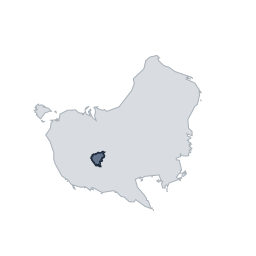 Quilpie, Queensland, Australia shown in context, rotated 138°
{"feature_id": "25037944B55337411871300", "entity_name": "Quilpie", "entity_type": "district", "adm_level": 2, "iso_a3": "AUS", "parent_name": "Australia", "parent_adm1": "Queensland", "projection": "robinson", "projection_center": [143.431, -26.15], "detail": "fine", "context": "in_parent", "style": "filled", "palette": "slate", "viewbox_px": 256, "rotation_deg": 138, "n_neighbors": 0, "source": "geoboundaries", "source_scale": "gbopen_adm2", "svg_char_len": 5708}
<svg xmlns="http://www.w3.org/2000/svg" viewBox="0 0 256 256"><g transform="rotate(138 128 128)"><path d="M167.8,58.5L170.2,69.6L173.1,69.1L176.4,72.4L177.0,79.2L178.9,81.6L179.4,88.0L180.8,91.2L190.4,97.4L194.1,107.4L195.2,107.9L195.4,106.1L197.5,108.0L197.9,107.1L198.7,112.2L199.9,113.7L202.6,115.3L207.8,123.9L207.5,129.6L209.3,136.5L206.3,149.4L204.3,154.1L199.6,159.4L195.1,169.9L193.8,177.8L185.9,179.7L181.9,183.1L179.5,183.4L180.2,185.4L176.4,182.5L176.9,181.9L176.7,181.2L176.0,181.1L174.7,182.4L173.8,181.6L175.3,180.5L174.5,179.6L169.3,183.8L161.2,181.7L154.8,176.5L154.5,172.4L151.5,168.8L152.8,168.9L152.7,167.8L148.5,168.9L149.7,166.2L148.0,162.2L146.5,166.7L143.4,167.2L143.9,165.7L145.4,165.7L147.4,159.4L146.7,154.8L144.6,159.7L141.5,161.5L139.5,164.5L139.8,166.0L138.6,165.8L136.5,164.1L137.8,164.1L136.8,161.2L134.8,157.9L133.1,157.5L132.8,154.6L120.5,149.7L100.1,153.4L93.7,156.8L91.1,161.0L76.8,161.3L69.5,166.3L64.2,166.0L58.0,162.6L57.7,159.1L59.1,159.7L60.2,157.6L59.7,150.6L56.8,145.3L55.4,138.7L47.8,124.9L50.5,126.4L48.7,122.2L50.0,124.6L52.0,125.4L48.3,116.7L50.1,104.8L50.7,107.6L52.9,104.5L60.7,99.1L63.6,99.4L77.9,94.2L83.2,87.2L82.7,82.6L85.5,79.4L88.0,84.4L89.2,81.6L87.6,79.6L88.0,78.4L92.8,79.2L91.3,78.7L92.3,76.7L91.4,75.0L93.9,74.7L92.9,73.4L95.0,73.2L94.3,71.3L96.1,69.2L96.2,70.5L97.7,70.3L97.8,67.9L99.9,68.8L101.3,66.8L103.5,68.2L106.6,71.5L106.1,74.2L108.2,71.6L112.5,73.3L113.4,71.9L111.4,69.8L116.4,60.7L117.4,61.3L119.1,59.0L119.7,60.0L124.9,59.2L124.8,57.0L121.3,55.4L121.8,54.8L134.4,59.6L138.1,57.9L137.2,59.6L138.8,60.6L140.6,58.5L142.3,60.3L140.3,64.4L138.1,64.8L138.3,67.7L136.3,72.3L147.7,80.7L150.8,81.5L151.8,83.5L157.0,84.9L160.6,77.7L160.8,67.1L161.4,63.1L162.7,62.1L161.7,60.3L164.8,52.6L167.8,58.5ZM173.7,192.4L179.7,194.7L186.9,193.3L187.3,199.6L186.8,198.4L186.1,199.8L185.8,203.9L183.3,202.2L181.7,206.0L178.6,205.7L179.2,204.6L176.5,202.8L175.5,199.6L176.7,200.2L173.9,195.8L173.7,192.4ZM115.3,54.9L119.0,54.9L120.1,56.0L117.7,58.3L115.3,54.9ZM142.2,170.2L148.3,170.0L145.7,171.1L142.2,170.2ZM141.4,67.1L142.1,69.4L139.8,69.0L140.2,67.4L141.4,67.1ZM207.5,122.9L207.4,120.3L208.3,118.1L208.7,119.7L207.5,122.9ZM185.3,188.7L187.3,189.3L187.4,190.1L185.3,188.7ZM115.0,55.6L116.3,57.8L114.0,57.7L115.0,55.6ZM171.5,189.1L170.4,188.9L171.0,187.4L171.5,189.1ZM153.6,79.7L152.6,80.4L151.5,80.8L152.0,79.5L153.6,79.7ZM47.8,124.3L46.8,123.0L46.7,121.9L46.8,121.8L47.8,124.3ZM186.9,191.0L187.7,191.6L186.2,191.1L186.9,191.0ZM199.4,112.5L200.3,112.5L200.3,113.7L199.4,112.5ZM179.7,87.9L180.7,88.6L180.5,88.9L179.7,87.9ZM183.2,204.5L183.3,205.5L182.5,205.2L183.2,204.5ZM208.7,130.6L208.8,132.0L208.7,132.0L208.7,130.6ZM124.6,54.8L123.9,54.2L124.3,53.9L124.6,54.8ZM141.4,54.9L140.5,56.0L141.6,54.1L141.4,54.9ZM208.9,128.9L208.5,129.4L208.8,128.8L208.9,128.9ZM142.9,75.8L142.4,76.0L142.6,75.5L142.9,75.8ZM139.6,67.0L139.0,67.1L139.3,66.4L139.6,67.0ZM55.6,99.1L55.4,100.1L55.1,100.0L55.6,99.1ZM163.8,52.1L163.8,52.9L163.5,52.3L163.8,52.1ZM176.0,181.5L176.1,182.0L175.9,181.8L176.0,181.5ZM140.3,56.4L139.1,57.2L140.3,56.2L140.3,56.4ZM94.3,70.2L93.9,70.8L94.2,70.1L94.3,70.2ZM183.7,203.7L183.3,203.9L183.5,203.6L183.7,203.7ZM153.1,82.5L152.5,82.4L152.8,82.0L153.1,82.5ZM92.0,74.3L91.7,74.6L91.7,73.9L92.0,74.3ZM186.6,201.6L186.1,201.9L186.2,201.3L186.6,201.6ZM164.2,50.0L164.1,50.5L163.8,50.3L164.2,50.0ZM175.7,182.2L176.2,182.6L175.3,182.5L175.7,182.2ZM191.6,97.3L191.1,97.3L191.3,96.7L191.6,97.3ZM195.1,106.1L194.8,106.1L195.0,105.6L195.1,106.1ZM174.0,191.7L173.8,192.1L173.7,191.6L174.0,191.7Z" fill="#d9dde1" stroke="#a8b0b8" stroke-width="1"/><path d="M162.4,127.5L163.1,127.6L163.3,127.6L164.1,127.7L164.6,127.7L164.8,127.7L165.9,128.7L166.2,129.0L166.2,128.9L166.5,129.2L166.7,129.3L166.7,129.5L166.6,129.8L167.8,129.9L168.4,130.0L168.7,130.1L169.2,130.1L169.5,130.2L169.4,130.5L170.0,130.6L170.0,130.4L170.5,130.8L171.0,131.6L171.6,131.7L172.4,131.8L172.4,131.5L172.8,131.5L172.8,131.2L173.1,131.3L173.2,131.0L173.2,130.8L174.3,131.0L174.7,131.0L174.7,130.7L174.8,130.6L175.1,130.6L175.1,130.3L175.2,130.0L175.8,130.1L175.8,129.4L175.8,128.9L175.8,128.7L176.0,128.7L176.1,128.2L176.2,127.5L176.4,127.6L176.4,127.4L176.4,127.2L176.4,126.9L176.5,126.9L176.6,126.2L176.4,126.2L176.4,125.5L176.3,124.8L176.5,124.8L176.6,124.1L176.8,124.1L176.8,123.9L176.9,123.1L176.9,122.7L177.0,121.8L177.0,121.7L176.9,121.7L176.7,121.6L176.4,121.5L176.1,121.6L176.3,121.0L175.6,121.0L175.6,120.9L175.5,121.0L175.3,120.9L175.3,120.7L175.2,120.6L174.9,120.6L174.7,120.6L174.9,120.4L175.0,120.3L175.0,120.2L175.1,119.9L175.1,119.7L175.1,119.4L175.0,119.5L174.9,119.5L174.7,119.5L174.6,119.4L174.6,119.1L174.3,119.0L174.4,118.6L173.9,118.6L174.0,117.9L173.9,117.9L173.9,117.7L173.7,117.8L173.6,119.2L173.1,119.7L172.7,120.0L172.7,119.9L172.1,120.3L172.0,120.6L171.8,121.0L171.8,121.3L171.7,121.4L171.6,121.5L171.5,121.8L171.4,121.9L171.4,122.0L171.2,122.1L170.8,121.7L170.4,121.6L170.2,121.2L169.9,121.0L169.8,120.9L169.7,120.8L169.5,120.7L169.0,121.1L168.9,121.1L168.8,121.6L168.8,122.1L168.9,122.4L168.7,122.4L168.2,122.3L167.9,122.8L167.1,122.7L167.0,123.2L166.7,123.2L166.7,122.5L166.0,122.4L165.4,122.2L165.3,122.3L165.2,122.3L165.1,122.5L164.9,122.7L164.9,122.8L164.7,122.8L164.4,122.9L164.4,123.0L164.4,122.9L164.4,123.0L164.2,123.1L163.9,123.2L163.9,123.4L163.7,124.5L163.8,125.0L163.7,125.0L163.6,125.3L163.5,125.5L163.4,125.6L163.4,125.8L162.7,125.8L162.7,125.7L162.3,125.7L162.0,125.7L162.0,125.8L161.9,125.8L162.0,125.9L161.9,125.9L162.0,125.9L162.0,126.0L162.0,126.3L162.0,126.2L162.0,126.3L162.1,126.5L162.2,126.8L162.3,126.8L162.4,127.0L162.4,127.3L162.5,127.3L162.5,127.5L162.4,127.5L162.4,127.5Z" fill="#64748b" stroke="#1e293b" stroke-width="1.5"/></g></svg>